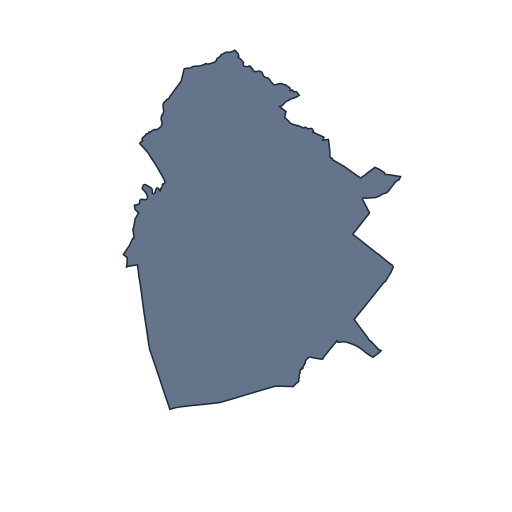 the district of Tezontepec de Aldama, Hidalgo, Mexico, rotated 26°
{"feature_id": "50627088B81234283975343", "entity_name": "Tezontepec de Aldama", "entity_type": "district", "adm_level": 2, "iso_a3": "MEX", "parent_name": "Mexico", "parent_adm1": "Hidalgo", "projection": "orthographic", "projection_center": [-99.302, 20.174], "detail": "fine", "context": "isolated", "style": "filled", "palette": "slate", "viewbox_px": 512, "rotation_deg": 26, "n_neighbors": 0, "source": "geoboundaries", "source_scale": "gbopen_adm2", "svg_char_len": 6032}
<svg xmlns="http://www.w3.org/2000/svg" viewBox="0 0 512 512"><g transform="rotate(26 256 256)"><path d="M224.4,92.4L222.9,91.9L221.2,90.9L220.7,90.7L220.0,90.7L219.5,90.9L218.4,91.6L218.0,91.7L217.2,91.5L216.4,90.9L215.7,90.9L215.2,91.1L214.9,91.5L214.6,92.3L214.4,92.4L214.1,92.4L213.6,92.0L213.3,90.9L213.0,90.4L212.6,90.0L211.9,89.8L210.6,89.7L209.7,89.7L209.3,89.7L208.5,89.4L208.2,89.2L207.7,89.1L207.2,89.5L206.1,89.7L203.8,89.7L202.9,90.0L201.1,91.2L199.6,92.4L198.8,93.3L197.8,94.0L196.8,94.1L195.5,93.8L193.5,93.0L191.3,91.7L189.1,90.8L187.9,90.8L187.2,91.4L186.7,91.4L185.8,91.2L184.5,91.2L182.6,90.0L181.7,88.9L180.9,88.4L179.6,88.1L178.7,88.1L177.4,88.6L175.6,89.9L175.6,90.1L174.9,90.2L174.3,90.8L173.9,90.8L172.0,90.2L171.2,90.1L171.1,89.9L170.8,89.2L170.5,89.0L169.9,89.0L168.8,89.1L168.5,88.8L168.1,88.0L167.1,87.9L166.7,88.2L165.2,89.6L164.6,89.9L164.0,90.0L163.6,90.4L162.3,90.6L161.3,90.2L160.6,89.6L160.4,89.3L160.2,87.9L159.9,87.5L159.6,87.3L159.0,87.2L158.5,87.1L157.7,86.5L156.0,85.7L153.3,85.6L152.9,85.4L152.9,84.5L153.1,84.0L152.3,83.1L150.9,81.8L150.2,81.5L148.8,81.3L148.7,81.2L148.5,80.7L148.3,80.6L147.5,80.6L146.6,80.4L146.2,80.7L146.0,81.6L145.3,82.3L145.0,82.4L144.6,83.3L144.0,83.4L142.8,84.6L142.0,84.8L141.3,85.4L140.3,85.6L139.7,85.9L139.3,86.3L139.3,86.8L138.9,87.2L138.1,88.2L137.5,89.2L136.6,89.9L136.4,90.3L136.5,91.2L136.3,91.5L136.2,92.0L136.4,92.4L134.7,94.9L134.4,95.6L134.6,97.9L134.4,99.3L130.8,102.9L128.9,104.4L128.0,104.9L127.2,104.9L126.5,105.0L125.9,105.7L125.8,106.4L124.6,107.4L122.7,109.4L120.8,110.6L119.4,111.3L117.6,112.4L116.4,113.1L115.1,115.1L114.0,116.3L112.3,117.2L111.1,117.7L109.4,119.4L112.1,131.6L108.7,150.1L108.6,152.8L108.0,153.6L107.3,154.1L107.0,154.7L107.1,155.5L105.9,158.1L105.9,160.2L106.5,161.6L109.7,166.6L110.0,167.9L109.9,169.6L109.6,171.4L110.4,173.8L110.9,175.0L113.3,177.5L113.8,179.7L113.9,180.7L113.7,181.8L112.9,183.2L112.6,184.7L112.4,185.0L111.9,185.1L111.4,185.4L111.3,185.8L110.9,186.3L109.7,186.5L109.3,186.8L108.9,187.8L108.5,188.1L107.7,188.4L107.6,189.0L107.3,189.6L107.0,190.9L106.8,191.2L105.9,191.1L105.5,191.3L105.3,191.9L105.6,192.7L105.6,193.2L104.5,193.9L103.9,194.4L103.7,194.8L103.8,195.6L103.6,196.4L103.1,197.3L102.2,199.7L102.2,200.7L102.4,201.2L103.5,201.9L103.5,202.8L102.9,203.3L102.4,204.1L102.1,205.9L110.3,209.1L114.3,210.9L120.7,215.0L120.7,214.8L128.1,219.4L138.0,226.2L141.9,229.2L141.8,231.1L140.6,232.2L140.5,233.1L141.1,233.5L141.2,234.2L141.3,235.2L140.7,237.4L141.3,238.3L141.4,238.8L141.3,239.6L140.2,239.1L138.3,238.0L137.6,238.0L137.2,238.2L137.0,238.4L136.8,238.8L136.8,240.6L137.4,242.8L137.2,243.8L136.7,244.9L136.3,245.1L135.6,245.0L135.1,244.7L134.8,244.2L134.6,243.7L134.4,243.0L133.7,241.8L133.1,241.3L131.5,240.7L129.6,240.5L128.3,240.6L126.5,240.3L124.5,240.6L124.2,240.8L123.9,241.2L123.7,241.7L123.9,244.7L124.0,245.2L124.6,245.7L125.6,245.9L128.8,247.3L129.9,247.8L131.5,249.1L132.6,250.3L133.0,251.7L132.9,252.6L132.4,253.5L131.5,254.1L128.6,255.0L127.7,255.8L127.3,256.5L127.3,257.0L127.6,258.3L128.0,259.1L128.1,259.8L127.9,260.5L126.8,261.9L124.9,263.2L124.5,263.9L126.8,267.1L130.4,268.4L131.6,268.6L131.5,269.5L131.1,275.8L133.4,283.6L133.5,285.2L133.8,286.3L138.2,292.5L138.2,292.9L138.1,293.3L137.8,293.6L138.3,294.2L137.5,294.8L137.5,297.2L137.7,302.3L137.1,305.7L136.1,312.8L140.8,313.9L141.1,314.3L142.4,316.9L143.7,320.4L144.4,322.7L145.3,321.6L153.3,315.9L157.2,321.7L159.8,325.9L163.9,331.5L167.5,337.0L169.3,339.4L169.7,340.2L180.3,356.2L185.1,363.2L189.3,369.1L197.7,381.6L200.5,385.3L201.4,386.6L219.6,404.9L231.7,417.3L245.9,431.6L246.8,430.6L247.8,429.8L250.1,427.7L252.7,425.7L264.7,418.0L268.6,415.7L279.0,409.2L287.8,403.5L295.9,396.2L312.5,380.8L329.9,365.0L332.9,363.3L346.8,357.0L347.2,355.2L347.7,354.0L348.1,352.4L348.5,352.1L348.9,351.5L349.0,350.8L349.2,350.5L349.3,349.9L349.2,349.2L348.6,348.6L348.4,348.1L348.3,346.8L347.8,345.7L347.0,344.6L346.9,341.8L346.4,341.1L346.0,339.9L345.7,338.9L345.7,338.6L345.9,338.4L346.6,338.0L346.8,337.7L346.9,337.4L346.8,336.9L347.0,337.0L347.0,336.0L346.7,336.0L346.8,335.8L347.2,335.9L347.0,335.3L347.1,330.0L346.8,329.9L346.4,329.0L346.4,328.7L347.0,326.3L347.9,323.9L348.2,323.4L348.5,323.2L350.5,322.7L352.5,322.3L359.1,320.4L361.2,319.4L361.2,317.6L361.4,316.1L365.9,296.7L366.5,297.2L367.0,297.5L367.6,297.6L368.1,297.4L370.1,296.1L371.2,295.2L374.2,294.0L377.6,293.4L384.0,292.8L388.5,293.0L390.3,293.3L391.7,293.4L397.7,294.9L401.2,295.4L405.5,295.8L409.5,288.0L409.9,286.1L407.6,286.4L396.6,282.2L396.0,282.4L395.2,282.3L391.7,280.2L378.8,273.6L372.7,270.3L372.1,269.9L379.1,239.1L379.9,235.1L382.4,224.3L382.9,223.1L383.6,222.0L383.6,220.9L384.0,216.0L384.5,211.4L384.2,205.8L382.7,204.6L376.2,203.4L366.9,201.1L364.9,200.7L363.1,200.5L359.2,199.6L356.6,199.1L341.9,195.8L333.5,194.1L335.1,186.4L339.2,167.5L328.6,159.6L327.3,158.5L326.7,158.0L326.6,157.6L326.7,157.1L327.2,156.6L328.9,156.1L329.7,155.7L337.8,151.1L341.2,147.4L342.3,145.3L342.9,144.5L344.4,143.2L345.0,142.6L345.6,141.9L346.1,141.1L346.6,139.6L348.7,129.1L349.6,126.9L350.7,125.3L351.0,125.2L351.2,123.2L351.1,121.2L341.2,124.2L337.9,125.4L335.9,125.9L334.9,125.3L334.8,124.8L334.6,124.7L333.9,124.6L333.1,124.6L328.2,124.0L324.7,124.1L323.9,124.2L322.8,126.7L319.1,133.7L319.1,134.3L315.8,140.0L311.6,139.5L295.9,136.8L293.2,136.7L282.4,135.9L282.1,134.9L279.0,134.6L276.0,128.6L273.3,124.6L271.1,121.0L269.9,119.5L267.6,121.0L265.2,122.5L265.0,119.4L252.7,119.8L253.0,119.2L253.0,118.6L251.7,117.7L250.9,117.2L250.2,117.1L249.7,117.1L248.7,117.7L247.6,118.4L247.1,118.9L246.6,119.0L245.5,118.7L244.0,118.5L243.5,118.8L243.2,119.2L243.1,119.7L242.8,120.0L242.2,120.1L236.0,120.4L236.0,120.9L234.5,120.9L232.6,121.3L230.5,121.5L229.5,121.6L228.4,121.5L226.4,120.5L222.5,119.3L221.0,119.0L219.7,113.0L211.7,111.4L212.4,110.8L213.4,109.6L214.0,108.1L214.5,106.2L215.3,104.0L215.9,103.2L216.5,102.7L217.3,101.6L217.9,100.6L217.9,100.3L218.3,99.7L220.8,97.6L222.5,95.6L223.4,94.3L224.4,92.4Z" fill="#64748b" stroke="#1e293b" stroke-width="1.5"/></g></svg>